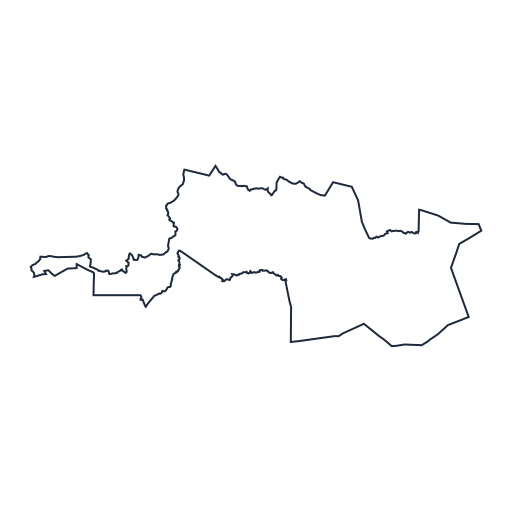 Tinderet, Rift Valley, Kenya (Mercator projection)
{"feature_id": "3690345B14310804681504", "entity_name": "Tinderet", "entity_type": "district", "adm_level": 2, "iso_a3": "KEN", "parent_name": "Kenya", "parent_adm1": "Rift Valley", "projection": "mercator", "projection_center": [35.153, -0.008], "detail": "fine", "context": "isolated", "style": "outline", "palette": "slate", "viewbox_px": 512, "rotation_deg": 0, "n_neighbors": 0, "source": "geoboundaries", "source_scale": "gbopen_adm2", "svg_char_len": 6045}
<svg xmlns="http://www.w3.org/2000/svg" viewBox="0 0 512 512"><path d="M33.9,276.8L35.7,276.4L42.5,274.3L46.0,274.1L44.3,270.9L48.3,270.3L49.3,271.1L51.4,273.4L54.7,275.9L67.5,268.6L76.6,268.1L76.7,264.1L87.3,269.7L93.4,272.4L94.0,273.4L94.0,277.9L93.8,280.4L93.5,295.2L140.3,295.2L141.1,296.2L141.4,297.1L140.6,298.9L140.5,299.7L141.2,300.0L142.6,299.5L145.2,306.2L145.8,306.8L147.1,304.6L151.6,299.0L152.7,297.9L154.0,296.1L156.8,294.7L158.6,294.0L159.1,293.5L160.2,293.7L161.2,293.3L161.8,292.5L162.4,290.9L164.4,291.4L165.2,291.1L165.8,290.6L166.0,289.9L167.0,288.8L167.3,287.8L168.2,287.1L170.1,286.9L170.6,286.4L170.9,284.5L170.8,283.6L171.4,282.3L171.5,281.1L172.3,279.4L171.9,278.7L173.6,273.8L174.5,273.5L175.1,273.0L175.9,272.8L175.9,272.1L176.4,271.5L177.5,271.7L178.1,271.0L178.1,270.1L178.9,269.6L179.8,267.5L179.1,266.8L179.0,265.9L178.9,265.0L179.9,264.8L179.4,263.9L179.3,262.0L179.1,261.2L178.4,260.7L178.7,259.7L179.5,259.3L179.6,258.1L179.2,257.0L178.4,256.9L178.6,255.8L178.4,255.0L177.5,253.6L177.6,252.9L178.2,252.2L178.4,251.3L179.0,250.6L179.9,250.7L182.3,252.2L215.7,275.4L218.7,277.1L219.4,276.7L219.7,277.5L220.3,277.9L221.1,278.0L221.7,278.5L222.0,279.4L222.8,279.6L223.1,280.4L222.4,281.1L223.0,281.3L224.6,281.0L225.7,279.7L226.7,279.3L227.7,279.3L229.5,280.1L230.1,279.5L230.4,277.9L232.1,276.4L232.6,275.7L232.6,274.9L232.2,274.1L234.6,274.5L235.9,275.3L236.8,275.5L237.4,274.7L238.5,274.9L239.2,274.6L239.5,273.9L241.8,273.5L243.1,272.3L245.5,272.2L246.6,271.8L246.9,272.8L248.3,273.5L248.9,273.0L250.0,272.8L250.0,271.8L250.3,271.1L250.8,271.6L251.3,272.7L252.0,272.9L253.7,272.2L254.4,272.2L255.9,272.7L257.5,272.2L258.3,271.6L259.0,272.0L259.7,271.7L259.7,270.7L260.0,270.1L261.9,269.9L262.6,270.8L263.4,270.5L264.3,270.7L266.2,270.4L267.0,270.5L267.6,271.4L268.4,271.5L268.8,272.3L269.4,272.8L271.0,273.0L272.9,272.2L273.2,273.1L275.8,274.8L276.2,275.4L277.1,275.5L277.9,274.9L278.5,275.8L280.5,276.2L281.8,277.8L281.1,278.7L281.5,279.4L283.4,280.2L284.1,280.2L285.3,279.2L286.0,279.2L286.3,280.3L285.7,280.8L285.8,282.9L289.6,301.6L291.1,307.0L290.8,342.0L298.8,341.1L334.9,336.1L338.6,336.2L343.0,333.3L363.9,323.8L379.0,336.0L382.8,338.7L387.4,342.3L391.6,346.1L396.4,345.8L404.5,344.5L421.7,345.2L427.7,341.5L430.1,339.5L437.8,334.3L447.9,325.1L468.7,317.0L452.8,273.0L451.0,267.7L456.1,253.4L459.2,243.9L468.6,238.5L481.3,230.7L478.6,224.1L465.8,223.9L450.7,222.6L438.2,215.6L421.7,210.3L419.1,209.7L418.6,231.1L417.9,232.9L416.7,231.9L416.0,232.1L415.9,233.2L414.9,233.5L413.7,233.2L412.2,232.2L411.3,232.0L410.6,232.6L409.7,232.5L408.0,231.8L405.7,233.7L404.9,233.1L403.9,233.0L401.5,231.1L400.5,230.9L398.0,231.1L396.4,230.6L394.1,231.0L392.5,230.9L391.8,231.4L390.0,230.0L386.9,231.4L387.7,233.1L385.1,233.9L384.0,235.4L383.3,235.8L381.2,236.1L380.0,236.5L379.0,236.9L378.3,237.5L377.5,237.4L376.6,236.7L375.7,237.2L375.0,238.0L374.0,237.8L372.7,238.7L371.8,238.7L370.0,238.4L369.1,237.9L365.4,230.2L361.9,221.9L358.1,200.4L351.8,186.8L333.1,182.2L324.9,195.6L321.3,195.2L319.7,194.7L316.2,193.1L310.3,190.0L309.7,188.9L305.5,186.7L305.0,186.0L304.0,183.9L303.5,183.4L301.4,182.6L299.8,181.2L297.0,183.2L295.8,183.7L294.8,183.8L291.8,183.3L290.2,182.2L289.2,181.8L286.3,179.6L283.8,179.0L283.3,178.5L283.0,177.6L281.0,177.5L280.0,176.8L278.8,178.5L276.6,182.7L276.4,188.5L276.1,190.3L275.1,190.7L274.2,191.5L273.2,193.3L272.6,193.7L272.0,195.0L271.2,195.3L270.8,194.4L268.3,192.1L267.9,191.2L267.6,190.6L267.7,188.4L266.1,189.6L265.2,189.7L262.2,188.2L258.3,188.6L256.0,188.3L254.6,188.8L253.6,188.7L251.8,189.6L250.9,189.4L250.4,190.1L249.6,190.8L249.0,190.2L248.2,189.8L247.7,188.8L246.9,186.3L246.0,186.3L243.9,185.8L241.7,186.2L240.9,185.9L238.7,186.0L236.7,185.4L235.1,182.5L235.1,181.8L234.6,181.2L233.7,180.6L232.7,180.4L232.0,179.9L231.2,179.8L230.5,179.3L229.2,177.8L227.8,175.6L226.4,174.2L225.2,173.8L224.1,174.0L223.6,174.5L222.7,174.6L221.9,174.2L221.4,173.4L220.5,172.7L219.5,172.3L215.5,165.9L209.2,175.6L184.4,169.6L183.9,170.9L183.9,172.0L183.6,172.7L183.3,174.5L184.0,177.7L184.0,180.8L183.5,181.5L183.4,182.5L182.7,184.3L179.9,186.5L178.5,188.2L177.6,190.7L177.5,191.9L178.4,193.9L178.4,194.8L178.1,195.7L176.5,197.9L173.7,200.9L171.8,201.9L170.3,202.9L168.6,203.2L167.9,203.5L167.2,204.1L166.8,205.1L166.1,205.6L166.2,207.5L166.0,208.3L167.3,209.6L167.1,210.6L167.8,211.4L168.3,212.6L168.0,214.2L167.5,215.2L168.4,216.0L169.4,217.6L170.1,218.3L169.9,219.2L169.3,219.7L169.9,220.4L171.9,221.4L173.0,222.6L173.9,222.6L173.8,224.3L173.5,225.5L173.7,226.4L174.6,226.7L175.6,226.6L176.9,227.8L177.3,228.7L177.3,229.7L176.9,230.6L175.3,231.6L175.5,232.8L175.4,233.5L175.5,234.3L175.3,235.3L174.6,235.8L173.8,236.1L171.5,237.9L170.7,238.2L169.8,238.3L169.2,238.9L168.0,246.1L168.7,247.7L168.7,249.1L167.9,250.4L167.4,251.5L165.8,252.3L163.6,254.3L162.6,254.6L159.9,254.9L156.5,254.2L154.6,254.4L152.4,254.1L151.7,253.7L150.2,254.4L148.9,255.5L146.9,256.6L144.5,257.6L143.6,257.1L142.2,256.9L141.6,256.5L141.3,255.4L138.6,254.9L138.5,257.0L137.6,259.5L137.1,259.9L135.6,260.1L134.8,259.7L133.8,259.8L133.4,258.9L133.4,258.2L132.3,255.8L131.9,255.1L129.9,253.4L129.3,254.3L128.9,255.9L128.6,258.0L128.7,258.8L126.2,260.7L128.7,262.8L128.4,263.7L128.6,264.7L128.0,265.9L127.2,266.2L126.3,266.2L126.6,267.1L126.2,268.6L126.7,271.8L125.6,272.9L122.2,270.5L122.0,269.5L121.1,269.7L120.7,270.5L117.5,272.1L117.0,272.9L116.2,272.8L115.5,273.2L113.3,273.5L112.3,273.4L110.6,274.0L109.7,274.1L109.0,273.6L109.0,272.7L108.3,270.7L107.4,270.6L106.4,271.0L105.7,270.7L105.3,271.4L104.6,271.6L102.4,271.7L99.5,270.8L98.5,270.8L98.2,270.2L97.4,269.6L92.3,267.3L90.5,266.9L90.1,266.4L90.0,265.4L90.5,264.6L90.6,262.3L90.9,260.5L90.8,259.3L88.4,257.4L88.8,255.2L88.0,254.6L87.6,253.7L86.9,253.0L83.3,255.1L79.5,256.1L76.1,256.7L57.7,257.2L53.3,256.7L51.1,256.1L48.3,256.1L46.1,257.0L40.4,256.7L40.2,257.6L40.3,259.0L38.5,261.2L36.0,263.2L35.5,263.9L32.7,265.0L30.7,266.9L31.5,268.6L31.5,270.4L33.5,272.2L34.0,273.0L34.3,275.0L34.3,275.8L33.9,276.8Z" fill="none" stroke="#1e293b" stroke-width="2"/></svg>